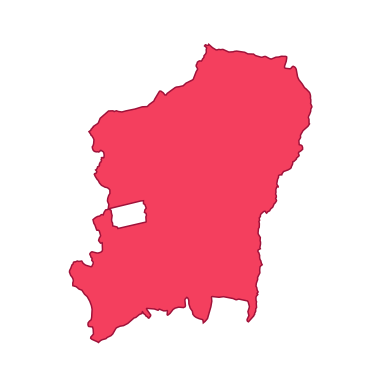 SVG path tracing the border of Goiás, rotated 166°
{"feature_id": "BRA-1294", "entity_name": "Goiás", "entity_type": "State", "adm_level": 1, "iso_a3": "BRA", "parent_name": "Brazil", "parent_adm1": "", "projection": "albers", "projection_center": [-49.017, -15.943], "detail": "fine", "context": "isolated", "style": "filled", "palette": "rose", "viewbox_px": 384, "rotation_deg": 166, "n_neighbors": 0, "source": "natural_earth", "source_scale": "10m", "svg_char_len": 5969}
<svg xmlns="http://www.w3.org/2000/svg" viewBox="0 0 384 384"><g transform="rotate(166 192 192)"><path d="M319.7,69.3L324.8,73.3L325.7,74.6L325.3,75.7L322.0,78.0L321.1,82.8L321.2,85.1L324.7,86.5L325.0,87.0L325.1,88.3L324.5,90.1L322.9,91.4L320.7,92.5L319.6,94.9L317.3,102.4L317.1,106.1L317.6,110.7L319.0,115.9L321.0,118.8L322.6,123.4L325.1,125.1L327.2,128.1L330.3,129.9L329.7,132.6L328.6,134.5L328.5,136.3L328.8,138.0L329.9,140.5L330.3,144.0L329.7,145.5L328.1,147.3L326.1,150.3L325.0,150.8L324.0,152.4L323.3,152.7L322.2,152.4L320.0,152.8L318.6,152.0L315.7,151.7L314.8,149.0L313.0,146.8L308.5,144.1L307.4,143.9L305.4,146.2L304.9,147.3L305.0,148.5L305.8,149.8L305.0,151.9L305.8,153.2L305.8,154.4L306.2,156.3L306.1,156.7L305.4,157.4L304.4,158.0L303.5,158.2L299.0,155.8L297.7,155.5L295.2,155.6L293.5,156.4L292.9,157.4L291.5,164.0L291.5,164.5L292.8,164.4L293.2,164.6L294.3,167.2L294.3,167.8L292.8,170.1L291.6,171.1L291.2,172.0L291.4,176.7L292.2,177.6L293.5,177.9L293.7,178.3L294.2,183.4L294.8,185.3L294.8,189.1L291.9,190.5L289.6,191.1L287.4,191.0L285.6,191.9L284.7,191.9L283.7,191.3L282.2,193.6L280.2,195.5L278.3,195.4L277.1,195.9L276.9,197.2L275.7,200.1L276.2,203.3L276.1,204.1L275.3,206.2L273.6,208.9L272.0,210.4L271.2,213.9L271.9,215.2L273.1,216.7L275.2,217.7L278.2,220.4L279.6,223.2L280.2,225.9L281.0,227.2L282.1,230.6L282.5,232.9L281.9,233.4L280.8,233.3L279.8,234.2L279.4,235.1L280.2,236.7L279.5,236.9L278.4,237.7L277.5,239.3L276.5,239.3L275.6,239.9L275.5,240.6L275.1,240.7L275.1,241.5L274.8,241.9L273.8,243.1L273.2,243.1L272.2,244.4L272.4,245.4L271.5,246.5L271.6,247.1L271.0,247.3L269.7,246.6L269.2,246.7L268.3,249.0L268.1,251.6L268.4,252.5L270.2,254.4L270.8,254.5L271.8,253.6L273.0,253.4L273.9,253.9L275.2,254.1L276.5,254.8L277.1,255.3L277.8,256.6L278.0,258.1L277.9,259.9L276.8,260.9L275.8,262.6L274.5,266.4L274.8,268.4L275.6,270.8L276.3,271.7L276.3,272.6L277.4,275.5L275.2,276.4L274.7,277.3L273.6,277.8L272.8,278.7L272.1,278.8L271.8,279.5L267.0,281.2L266.1,281.8L263.3,285.7L253.4,290.8L249.5,290.0L248.5,289.5L248.1,288.9L245.7,289.1L243.9,287.9L240.6,286.6L236.6,286.7L227.3,286.3L219.7,286.7L214.7,285.7L212.2,287.3L207.1,289.4L205.5,291.3L199.4,297.4L198.8,297.7L197.8,297.4L195.9,295.2L194.8,292.7L193.7,292.4L192.2,293.7L183.1,297.4L181.7,297.6L179.4,297.3L174.9,297.2L171.4,299.1L164.5,300.6L163.5,301.1L158.8,307.8L156.9,309.7L156.8,310.5L157.5,313.0L157.2,314.2L156.6,314.6L155.3,316.7L153.8,317.3L152.9,317.4L151.3,316.8L150.6,317.2L149.7,318.4L147.9,319.7L147.4,321.3L145.4,322.7L144.3,324.1L143.8,326.7L143.0,328.0L143.0,328.7L144.5,330.7L143.4,331.6L141.7,330.6L140.9,330.4L140.3,330.6L140.0,331.2L137.2,327.1L134.3,324.1L133.3,323.8L131.5,323.9L129.9,323.2L127.5,322.9L122.4,318.9L118.3,318.1L116.7,318.2L114.5,317.9L107.0,314.8L104.4,312.5L98.9,310.9L97.4,309.0L92.4,306.1L91.4,305.8L89.0,306.0L87.8,305.7L84.5,302.7L83.0,301.8L78.0,302.5L75.2,302.0L72.6,302.1L68.5,301.0L67.5,300.4L67.6,299.3L68.9,296.1L71.7,291.8L72.1,290.3L71.5,289.5L67.0,287.8L66.2,288.0L64.2,289.4L63.4,289.5L62.1,288.4L61.5,287.2L61.2,285.9L61.7,278.1L61.1,275.0L59.0,270.3L57.6,266.0L56.3,264.3L54.2,260.7L53.8,259.5L53.7,257.2L54.0,255.3L54.4,254.8L54.4,252.8L55.0,250.4L55.5,249.3L55.0,246.1L55.1,245.5L56.6,243.8L57.4,241.4L59.5,238.4L60.2,237.8L61.0,236.4L61.1,235.7L60.9,234.2L61.8,230.4L61.5,229.7L63.6,227.7L69.4,224.7L73.0,220.9L73.5,218.5L75.9,216.1L76.5,212.0L74.7,211.0L74.1,210.3L73.9,208.6L74.3,206.7L76.1,205.7L78.9,204.7L79.4,203.8L79.2,201.8L79.4,201.2L82.5,199.5L82.7,198.8L83.2,198.4L85.8,197.0L86.8,196.9L87.8,194.5L89.5,192.5L89.9,191.6L90.7,191.0L93.4,190.2L98.2,189.7L100.3,187.9L100.6,187.0L101.6,187.0L102.5,187.4L103.8,187.1L104.2,186.6L104.5,185.3L105.9,183.6L107.8,179.4L107.7,178.4L107.0,176.6L107.3,176.0L108.2,176.5L108.7,176.2L110.1,174.0L110.6,171.4L111.4,169.8L111.1,168.0L111.4,166.6L112.4,165.7L112.0,163.5L112.3,162.8L113.9,161.3L115.1,160.7L117.4,157.7L119.7,156.6L121.2,155.0L123.5,154.4L124.7,153.4L125.2,154.0L125.6,155.5L126.4,155.8L127.2,155.7L130.2,154.1L131.1,153.2L131.6,151.6L133.0,150.6L133.3,148.0L134.2,147.3L134.3,144.9L135.3,141.5L136.4,140.3L137.9,136.0L137.8,134.8L136.7,131.3L137.7,128.3L137.6,126.9L138.1,124.9L139.6,121.7L139.4,120.4L141.6,119.9L142.4,118.8L142.4,118.0L141.9,117.1L141.7,114.1L142.2,112.4L142.4,110.3L141.9,108.6L141.9,106.1L141.5,104.4L143.0,103.8L144.2,102.8L145.2,99.9L145.7,97.1L149.0,93.3L149.5,91.1L151.6,88.0L152.7,85.1L152.3,83.7L152.5,80.9L152.0,79.0L153.4,78.0L153.4,77.5L152.9,76.8L153.1,76.5L154.8,75.3L155.5,74.1L156.1,71.3L155.9,69.9L156.6,68.4L157.3,64.3L158.4,63.3L159.1,60.8L160.6,59.1L160.9,58.0L161.9,57.3L162.1,56.8L168.6,52.4L169.4,53.1L169.6,53.9L169.4,55.0L166.7,58.3L166.7,62.4L164.5,65.9L164.0,67.1L164.1,71.8L164.6,72.9L172.5,76.8L174.9,76.7L175.7,77.0L177.9,78.7L186.7,82.8L191.2,83.3L197.7,85.7L198.2,85.6L198.6,85.0L199.2,81.2L201.5,76.0L207.6,65.4L210.6,63.3L212.7,62.3L212.4,64.7L212.6,65.6L215.8,67.4L218.3,69.3L219.7,70.9L220.7,73.1L220.5,76.3L221.8,79.7L222.1,84.2L221.4,87.3L221.4,88.8L221.8,90.2L222.5,91.0L224.2,90.0L225.0,89.2L225.9,83.2L226.5,82.3L228.2,81.9L232.8,83.5L236.5,83.4L238.8,82.6L242.6,79.6L244.9,78.5L245.6,78.5L245.8,79.0L244.9,81.7L244.6,82.7L244.8,83.0L246.4,83.1L248.4,83.6L251.9,86.2L252.4,86.2L253.1,85.6L253.6,85.5L256.8,87.6L264.0,90.0L264.3,89.9L264.4,89.2L261.8,82.6L262.3,81.6L264.2,80.1L264.8,80.2L265.6,81.8L266.8,83.0L267.1,84.3L268.4,85.8L268.8,87.5L269.1,87.8L270.1,86.2L272.7,85.9L276.8,83.9L278.7,83.8L286.1,80.0L290.7,78.9L294.4,79.2L298.2,78.5L299.2,77.7L303.3,73.4L305.4,72.2L309.4,71.4L311.0,70.5L314.8,70.4L316.6,70.0L319.2,68.6L319.7,69.3ZM276.9,195.4L275.3,194.3L275.0,193.3L275.3,191.0L275.2,188.5L276.7,184.7L277.0,182.9L276.6,181.1L277.1,178.3L273.2,176.2L272.8,175.4L272.7,174.5L244.0,174.0L243.6,174.5L242.8,179.0L241.9,180.3L241.7,182.0L242.0,182.7L243.1,183.7L242.0,186.1L240.3,187.4L240.8,191.3L241.9,192.4L241.2,195.3L243.8,195.7L277.1,195.9L276.9,195.4Z" fill="#f43f5e" stroke="#9f1239" stroke-width="1.5"/></g></svg>